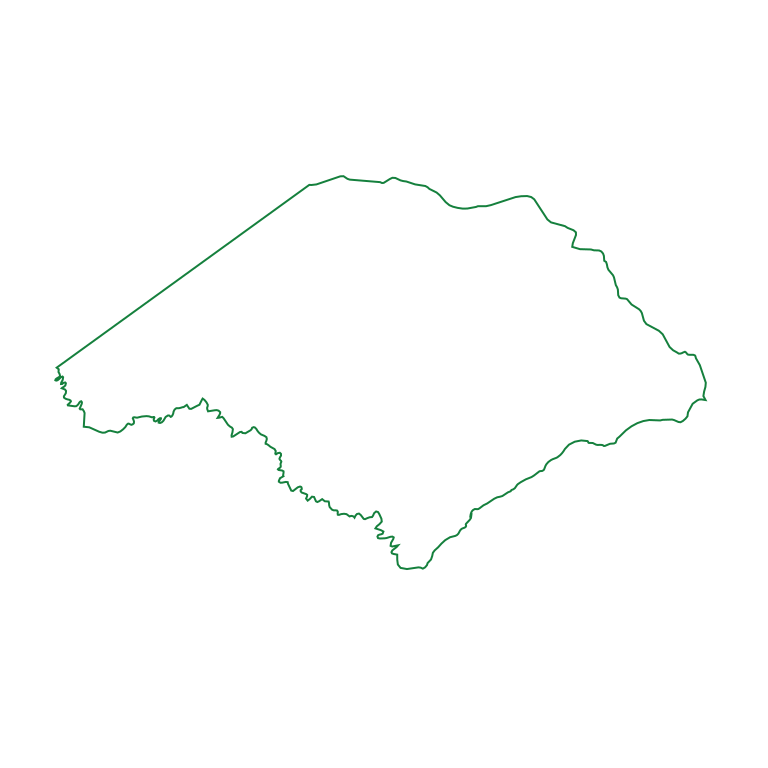 map outline of Vichada (Equal Earth projection), rotated 54°
{"feature_id": "COL-1427", "entity_name": "Vichada", "entity_type": "Commissiary", "adm_level": 1, "iso_a3": "COL", "parent_name": "Colombia", "parent_adm1": "", "projection": "equal_earth", "projection_center": [-69.078, 4.548], "detail": "fine", "context": "isolated", "style": "outline", "palette": "green", "viewbox_px": 768, "rotation_deg": 54, "n_neighbors": 0, "source": "natural_earth", "source_scale": "10m", "svg_char_len": 6165}
<svg xmlns="http://www.w3.org/2000/svg" viewBox="0 0 768 768"><g transform="rotate(54 384 384)"><path d="M586.0,133.3L583.1,136.2L581.9,138.0L581.4,140.1L581.4,145.9L585.6,154.7L588.5,157.5L589.3,160.5L589.6,164.0L589.2,166.6L587.8,168.1L583.7,170.5L582.1,171.8L576.8,179.6L575.8,182.0L569.1,190.5L566.4,196.0L564.6,202.0L563.7,208.6L563.7,215.5L565.0,224.4L565.2,227.4L567.6,231.1L567.3,232.9L565.2,236.3L563.9,241.8L563.3,242.6L562.0,243.0L560.8,244.2L558.7,247.2L557.7,248.1L554.4,249.8L552.1,252.9L551.6,253.1L550.3,252.8L549.8,252.9L545.6,257.6L542.8,263.6L541.8,270.0L542.9,275.8L543.9,278.3L544.6,280.6L545.1,283.2L545.2,286.8L545.0,288.1L544.0,291.7L543.7,293.6L543.7,296.9L544.4,299.9L545.1,301.4L547.1,304.5L547.5,305.5L547.3,307.2L546.2,309.0L546.0,309.7L546.2,316.5L546.0,319.4L544.5,325.3L543.8,331.1L543.7,334.7L543.9,335.7L545.2,339.4L545.2,341.3L544.7,343.2L545.2,344.6L544.5,347.4L544.2,354.1L543.3,356.6L542.2,359.0L541.6,362.3L541.3,370.8L540.6,374.8L540.7,379.6L540.6,381.1L540.0,382.3L539.2,383.1L538.5,384.1L538.3,386.2L538.7,387.9L539.5,389.3L540.4,390.5L541.4,391.5L541.4,390.4L543.5,392.4L544.3,394.5L545.3,399.8L545.7,400.4L547.1,401.0L547.6,401.9L547.6,403.2L547.0,405.3L546.8,406.5L547.2,408.5L548.8,411.8L549.1,413.8L548.8,415.6L546.8,420.6L546.3,426.3L546.9,431.4L547.9,436.1L548.4,440.8L549.3,443.7L551.5,446.1L553.6,449.1L554.5,454.0L555.8,455.7L556.5,458.6L556.2,461.1L554.1,462.3L552.6,463.9L547.2,474.2L542.5,478.7L538.2,478.9L534.0,476.6L529.8,473.6L527.2,476.1L525.7,477.1L524.4,476.8L523.5,475.0L523.3,469.6L522.8,467.4L520.3,472.9L518.8,473.8L516.6,471.6L514.9,467.7L513.8,466.3L512.4,466.9L511.4,468.6L510.1,472.5L509.2,474.2L506.6,478.1L505.2,479.4L503.6,479.0L502.9,477.7L503.2,476.2L503.9,474.7L504.3,473.1L503.0,471.2L500.3,472.5L495.8,475.8L494.9,473.5L494.7,470.0L494.0,466.7L491.5,465.3L486.6,464.3L484.1,464.1L482.5,465.3L482.7,467.9L484.1,470.3L484.6,471.9L483.4,473.9L482.7,476.3L482.2,478.8L481.2,479.7L476.4,479.8L474.1,480.4L473.3,482.3L473.7,484.3L474.8,486.4L473.9,486.4L472.6,486.9L471.4,488.1L470.9,489.7L467.3,490.8L465.5,492.6L464.1,495.1L463.4,497.4L462.6,498.2L461.5,497.6L460.3,496.5L458.9,496.3L457.8,497.3L456.7,498.9L455.2,499.9L451.7,500.3L449.8,499.6L447.9,498.4L446.5,497.9L444.1,500.8L440.8,501.7L440.7,505.5L440.3,507.3L438.9,508.0L434.3,507.0L432.8,508.5L433.4,511.6L433.5,514.3L430.9,514.4L429.6,512.2L428.5,511.3L427.3,511.7L423.4,514.4L421.9,514.5L420.9,513.9L420.8,512.6L420.6,512.2L419.1,511.5L418.4,511.6L417.6,512.2L416.9,514.5L417.1,520.5L415.7,521.7L408.2,520.3L406.8,519.6L405.5,521.0L403.9,524.5L403.0,525.8L401.2,526.5L400.3,525.7L399.7,524.4L399.1,523.7L399.5,519.5L398.7,519.4L396.7,517.4L395.6,516.6L394.2,517.2L391.6,519.8L390.7,520.0L390.5,519.5L390.6,517.6L390.4,516.5L389.8,515.8L387.8,514.7L386.5,512.7L385.7,512.5L384.4,512.7L383.1,512.6L382.2,511.3L381.4,509.4L379.9,508.4L378.4,508.7L377.5,510.5L377.4,512.7L376.5,512.9L374.6,511.0L372.3,510.8L368.0,512.8L365.6,513.4L363.8,514.1L362.8,514.9L361.8,514.2L360.9,512.7L359.6,511.1L357.9,510.4L355.7,511.2L352.4,513.2L349.7,513.8L347.2,513.9L345.5,513.7L343.3,514.0L342.3,514.8L341.9,516.4L342.7,517.6L343.0,519.1L342.4,525.1L340.4,527.3L339.0,527.3L338.2,528.8L337.8,536.8L337.1,538.2L335.9,537.5L334.1,535.1L331.7,532.8L329.9,532.7L327.9,533.6L325.2,534.2L317.4,533.9L315.5,534.2L314.4,537.1L313.6,538.5L312.3,535.3L311.4,533.8L310.5,533.1L308.3,533.5L306.8,534.7L305.8,536.3L302.7,542.4L300.2,541.7L299.0,540.8L298.5,539.9L297.3,538.8L294.5,538.4L291.4,538.6L289.2,539.3L289.9,540.9L292.3,545.5L291.8,548.0L290.8,554.6L289.6,556.0L285.0,555.8L284.9,559.7L284.4,560.5L283.8,562.3L283.1,564.0L281.5,566.3L281.6,568.4L282.6,570.4L284.1,572.0L285.1,573.8L285.4,575.1L285.2,575.9L283.4,576.2L282.5,577.2L282.3,580.0L284.1,584.1L284.4,586.3L283.9,588.1L282.8,589.0L282.2,588.5L281.4,585.7L281.0,584.8L280.5,584.6L280.0,585.3L279.9,587.2L280.3,589.1L280.0,590.9L278.6,591.7L277.5,591.3L276.1,589.4L275.6,589.4L275.1,590.0L274.7,591.2L272.0,593.2L270.4,595.0L268.0,599.0L266.1,603.6L264.1,605.6L263.7,606.5L264.1,607.4L266.6,608.0L267.7,608.5L268.8,609.6L268.9,611.1L268.5,612.4L267.2,613.2L266.0,613.8L265.6,614.6L265.8,616.1L266.8,618.6L267.3,621.7L267.4,625.2L266.7,628.0L260.9,632.9L260.0,634.6L259.3,638.3L257.9,640.4L255.2,642.5L245.8,647.9L242.1,652.0L231.5,643.3L229.7,642.8L227.3,642.7L226.0,644.6L225.1,644.7L222.3,640.1L221.2,639.1L220.0,639.1L219.7,640.0L219.9,641.3L220.6,642.9L221.0,644.6L221.0,646.1L220.2,647.4L215.5,652.3L214.9,652.1L214.5,648.8L214.0,647.5L213.2,647.3L211.9,647.8L210.3,649.2L208.7,650.3L206.9,650.9L205.8,650.2L204.4,646.8L202.7,645.3L201.0,645.3L198.0,647.2L197.9,646.4L198.1,644.7L197.9,642.7L196.4,640.9L195.4,641.0L194.7,642.4L194.8,644.4L194.2,645.3L193.2,644.4L191.8,641.5L189.9,639.6L189.0,639.7L188.6,641.5L189.0,643.9L189.1,645.9L188.6,647.2L187.8,647.7L187.2,646.9L187.1,645.6L187.4,642.5L187.1,641.3L184.9,640.5L183.0,640.3L180.9,638.5L178.4,639.2L179.0,327.4L180.3,325.8L182.8,321.4L190.3,297.3L192.1,294.6L196.5,293.0L198.5,291.6L218.4,268.5L220.2,267.5L221.1,266.0L221.6,258.8L222.1,256.0L224.0,253.7L228.9,251.0L231.0,249.3L233.3,246.9L240.8,241.5L248.1,234.2L250.4,233.1L252.9,232.6L260.0,228.9L264.2,227.9L273.1,227.2L277.8,226.0L281.1,224.0L284.8,220.9L288.4,217.2L291.0,213.5L294.8,205.6L295.4,203.4L300.2,196.8L302.1,192.4L310.1,167.7L312.7,162.7L316.1,157.7L319.3,155.0L322.9,153.9L346.9,155.1L351.4,153.9L362.7,144.8L365.6,143.7L371.0,140.3L374.1,139.6L376.3,141.1L381.1,148.5L383.7,151.1L390.1,146.2L396.8,137.5L399.2,135.6L402.4,131.5L404.5,130.3L407.2,130.1L409.6,130.8L413.8,133.4L415.8,132.6L418.3,133.4L421.0,134.7L423.5,135.3L430.7,134.8L433.0,135.3L440.2,138.3L442.8,138.6L445.1,139.3L449.8,142.3L452.5,142.7L454.0,141.8L457.0,138.3L458.2,137.5L465.2,137.0L473.5,133.7L475.9,133.4L478.2,133.7L485.6,136.5L489.8,136.5L502.6,130.3L507.6,129.3L521.9,131.2L526.6,130.3L530.5,128.5L532.6,127.7L533.5,126.5L534.1,125.0L534.3,123.5L534.8,121.6L536.1,121.1L537.7,121.1L538.9,120.8L540.1,119.5L542.2,116.6L543.5,115.7L544.5,115.7L546.5,116.5L554.4,117.4L572.1,122.9L575.3,125.7L578.3,129.5L581.5,132.7L586.0,133.3Z" fill="none" stroke="#15803d" stroke-width="2"/></g></svg>